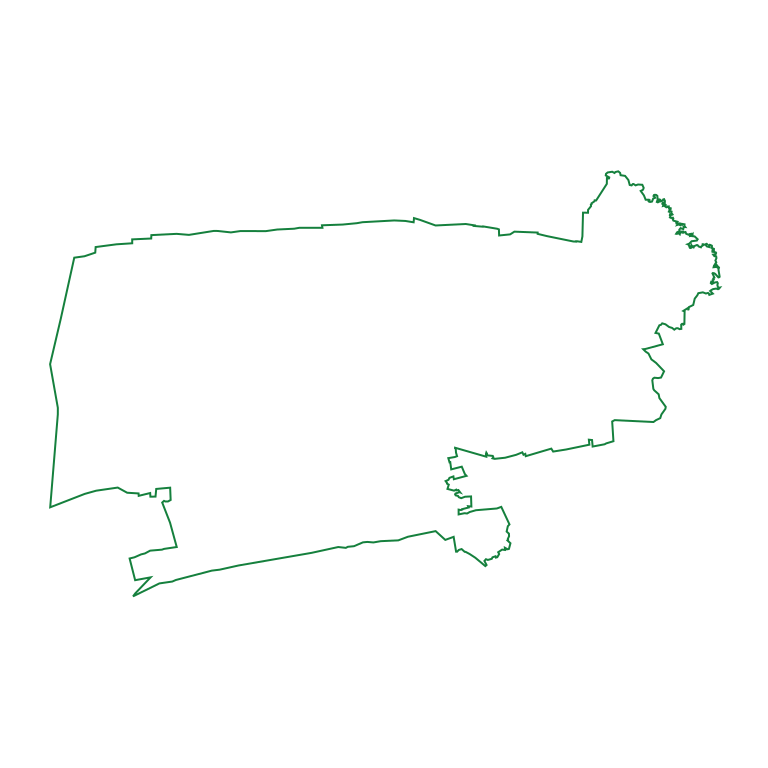 Ciudad Valles, San Luis Potosí, Mexico (Natural Earth projection), rotated 271°
{"feature_id": "50627088B67869096393149", "entity_name": "Ciudad Valles", "entity_type": "district", "adm_level": 2, "iso_a3": "MEX", "parent_name": "Mexico", "parent_adm1": "San Luis Potosí", "projection": "natural_earth1", "projection_center": [-99.028, 22.078], "detail": "fine", "context": "isolated", "style": "outline", "palette": "green", "viewbox_px": 768, "rotation_deg": 271, "n_neighbors": 0, "source": "geoboundaries", "source_scale": "gbopen_adm2", "svg_char_len": 6155}
<svg xmlns="http://www.w3.org/2000/svg" viewBox="0 0 768 768"><g transform="rotate(271 384 384)"><path d="M213.9,314.5L220.2,341.1L219.5,348.7L220.6,350.7L221.3,356.8L225.3,365.7L225.8,370.1L225.4,376.2L226.8,383.5L227.9,401.0L231.7,410.6L237.8,438.2L229.2,448.0L232.4,456.3L217.6,459.0L217.6,460.0L219.4,461.7L220.3,464.5L217.6,467.6L217.6,468.5L215.5,472.6L211.9,478.3L203.7,488.5L204.8,489.7L208.8,487.5L210.6,489.0L209.9,490.9L211.1,494.8L212.6,495.5L213.7,498.5L212.4,498.9L212.8,500.3L216.0,502.1L217.8,501.1L220.5,505.0L220.1,508.2L220.6,508.7L221.4,507.8L222.4,507.7L220.9,510.5L221.3,511.8L227.0,513.2L229.8,510.1L230.4,510.8L231.2,510.5L234.0,511.7L236.6,511.5L238.6,509.2L244.0,510.3L245.8,511.9L263.2,503.4L261.5,499.0L259.4,478.1L257.5,471.9L256.0,469.4L256.2,466.7L254.9,460.9L259.7,460.8L259.3,463.2L259.8,464.4L260.2,464.3L262.0,470.8L263.3,470.2L263.0,473.5L273.1,473.0L272.7,467.0L271.2,463.2L272.1,460.8L273.4,459.9L273.9,457.6L275.0,457.0L275.8,457.5L277.2,461.5L277.0,462.0L279.3,460.2L278.9,458.3L279.6,458.0L278.6,455.9L280.2,449.3L284.5,450.5L285.5,448.7L286.2,448.7L288.0,447.3L289.3,450.1L291.3,451.1L292.8,455.0L290.0,455.5L293.6,468.1L295.4,466.4L302.7,463.2L299.8,452.7L307.0,451.6L306.8,450.9L311.0,449.6L312.2,456.0L313.1,458.3L316.6,457.2L320.8,456.8L321.0,456.2L321.5,456.2L313.1,487.5L315.7,487.1L317.2,487.5L316.1,488.2L314.5,488.2L314.0,494.0L312.7,494.6L311.6,493.8L311.1,495.9L312.4,506.4L315.5,517.4L318.1,523.5L315.7,524.7L316.6,526.5L314.3,527.0L322.3,552.4L319.4,554.3L321.7,567.3L326.9,590.4L331.9,589.8L331.6,593.0L325.1,593.7L327.6,605.7L328.5,607.2L330.8,614.4L350.5,612.8L351.9,615.3L350.7,654.1L352.6,656.6L354.7,660.8L358.4,661.9L364.1,665.8L366.1,666.1L374.7,659.6L378.5,658.8L382.4,654.3L383.8,653.4L392.4,652.2L394.0,652.8L395.0,654.2L394.7,658.0L395.3,660.9L401.6,663.8L409.8,655.7L413.3,650.9L419.1,647.9L420.9,645.1L423.3,642.6L423.5,644.4L428.6,662.1L439.2,657.9L439.8,654.6L447.5,658.3L448.0,659.9L449.5,661.1L448.6,664.4L446.0,668.0L445.1,671.1L443.4,673.3L444.8,675.2L444.9,676.8L444.0,678.6L444.3,680.3L448.5,680.1L449.3,680.9L449.5,682.4L448.7,682.5L449.2,683.3L461.7,683.3L462.3,682.0L465.1,686.3L463.8,686.9L463.9,687.2L466.2,687.5L468.4,691.8L474.8,693.2L478.1,695.7L480.3,696.7L481.2,701.2L480.1,704.3L480.7,706.4L480.0,707.3L478.8,707.7L480.1,711.2L482.7,708.5L483.6,709.6L484.6,711.3L485.2,714.4L484.6,716.3L485.0,717.2L486.3,718.2L486.1,717.1L486.8,716.2L488.7,715.6L490.6,716.0L491.7,715.3L491.3,713.0L489.7,710.1L490.6,709.0L492.0,709.4L491.8,711.2L493.6,710.8L494.2,711.9L495.3,711.4L496.1,712.5L500.3,710.5L500.7,710.9L500.4,712.4L499.7,713.4L496.4,716.5L496.7,717.5L497.3,717.7L504.1,716.4L506.3,716.9L507.3,715.8L506.3,715.3L506.9,714.5L506.5,711.5L508.1,711.9L508.0,712.5L508.8,712.7L508.3,714.0L508.6,714.7L510.4,713.3L511.5,714.1L513.2,713.2L515.7,714.2L517.4,713.9L517.6,712.1L519.1,710.9L519.5,713.3L520.8,713.8L521.3,713.5L521.5,712.3L522.7,711.7L521.8,710.7L522.0,710.0L523.7,710.1L524.4,711.5L524.9,711.5L525.6,709.6L528.0,709.4L528.7,707.9L528.9,707.2L528.4,706.6L526.5,707.2L527.2,704.4L528.4,703.4L529.4,704.6L529.8,704.2L528.7,701.4L529.4,700.5L529.3,700.1L527.9,700.1L527.1,698.9L526.2,698.5L527.0,696.2L528.3,695.1L528.4,694.4L527.3,691.8L526.2,691.3L527.2,690.5L527.2,689.5L528.3,688.9L526.5,688.3L525.8,689.2L525.3,688.3L525.5,687.4L528.6,686.2L529.0,685.2L529.6,686.7L532.1,689.1L532.9,694.3L534.2,695.1L537.0,692.0L537.2,689.8L538.8,689.9L537.5,688.8L537.3,687.6L539.5,688.4L539.2,686.7L538.5,686.1L539.4,683.6L541.2,682.8L540.5,680.6L541.5,680.6L541.7,679.3L540.5,678.3L540.3,677.4L538.8,677.1L540.2,675.3L539.2,674.3L539.3,673.5L540.8,674.4L542.2,677.0L543.5,676.6L545.0,677.8L544.1,680.5L546.3,681.0L546.2,682.5L547.4,681.6L548.9,681.7L549.3,679.2L548.4,679.1L549.4,677.8L549.2,677.4L548.0,677.4L548.6,675.9L548.2,674.6L549.7,675.7L549.6,673.6L550.3,673.4L551.4,674.4L552.4,670.5L553.5,669.9L554.4,670.4L555.3,670.0L555.0,668.2L555.5,667.1L556.1,667.5L557.8,666.8L558.7,667.1L558.1,668.7L558.5,669.5L560.1,668.3L561.4,668.5L561.9,666.7L561.1,666.3L561.3,665.8L563.1,666.6L564.2,666.1L563.9,667.5L564.7,667.6L565.1,665.9L566.5,665.6L565.6,663.2L567.2,660.9L566.9,659.9L567.9,660.2L568.1,662.4L568.9,661.6L568.6,659.6L569.0,659.1L569.9,659.4L570.5,661.6L571.9,661.7L573.7,660.8L573.4,659.9L572.2,659.4L571.5,657.4L573.0,657.1L573.3,656.2L570.7,655.4L570.4,654.5L570.8,653.6L573.2,654.4L576.9,654.0L577.8,652.8L577.9,651.5L577.7,650.7L576.7,650.2L575.9,651.4L574.9,651.8L574.1,649.9L571.1,648.8L570.7,647.4L570.8,646.0L571.4,645.4L572.5,646.3L572.9,645.7L572.8,642.4L577.1,640.6L581.5,637.3L582.6,639.4L583.8,640.0L584.7,640.2L587.7,638.8L587.9,634.5L587.0,632.1L588.3,630.0L588.2,629.2L586.9,628.1L587.3,626.2L592.2,624.8L596.3,621.4L596.9,616.9L599.2,616.4L600.7,614.5L600.0,611.7L599.0,610.8L600.2,608.5L599.4,603.9L598.0,602.3L596.4,602.1L594.5,605.6L593.5,605.4L593.4,604.8L594.3,603.8L594.0,603.3L588.0,603.3L571.2,592.9L571.3,591.4L570.3,591.2L568.3,588.4L567.6,588.5L567.0,587.7L565.4,587.9L561.7,585.0L558.8,585.0L558.8,580.0L535.0,579.8L529.5,578.8L530.1,574.6L530.1,573.7L529.7,573.7L529.8,570.8L534.7,544.4L536.8,535.0L538.1,535.0L538.6,511.7L535.8,507.5L534.5,496.5L540.6,496.2L541.2,494.5L543.3,480.3L543.0,480.2L543.6,471.3L544.2,471.7L545.4,463.0L543.4,432.8L548.7,417.2L550.4,411.1L546.2,410.8L547.4,402.5L547.7,391.4L545.4,359.7L544.3,354.0L542.7,339.9L541.6,319.2L539.1,319.7L538.7,296.6L537.7,291.5L536.6,274.6L534.8,263.3L534.4,237.7L532.9,228.3L534.1,215.1L534.1,211.2L529.7,186.4L530.5,174.0L528.8,148.8L525.4,148.7L524.2,129.7L520.3,129.8L519.0,114.1L515.9,93.3L510.3,93.0L506.5,82.3L504.9,72.1L443.7,59.7L398.0,49.8L354.5,58.3L347.9,58.4L254.9,52.4L268.9,86.7L272.3,98.1L275.8,119.6L270.8,129.1L270.3,140.5L267.9,140.7L270.9,152.1L267.3,152.4L267.4,157.5L275.1,158.1L276.6,172.0L264.3,172.7L262.8,170.1L262.7,167.5L263.3,166.1L261.6,164.3L241.6,172.5L217.4,179.6L215.3,167.0L214.5,164.9L213.3,153.1L210.4,147.9L209.4,144.1L206.4,137.6L205.1,132.7L183.5,138.6L186.6,154.0L170.6,139.2L167.3,136.8L180.7,162.9L182.8,175.8L184.4,179.3L194.4,215.1L195.5,223.0L200.0,241.7L213.9,314.5Z" fill="none" stroke="#15803d" stroke-width="2"/></g></svg>